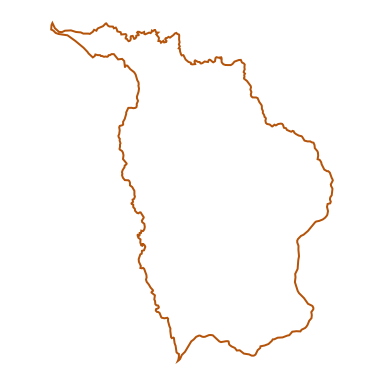 outline of Montebello, Antioquia, Colombia
{"feature_id": "7082276B54049955625365", "entity_name": "Montebello", "entity_type": "district", "adm_level": 2, "iso_a3": "COL", "parent_name": "Colombia", "parent_adm1": "Antioquia", "projection": "robinson", "projection_center": [-75.531, 5.918], "detail": "fine", "context": "isolated", "style": "outline", "palette": "amber", "viewbox_px": 384, "rotation_deg": 0, "n_neighbors": 0, "source": "geoboundaries", "source_scale": "gbopen_adm2", "svg_char_len": 5897}
<svg xmlns="http://www.w3.org/2000/svg" viewBox="0 0 384 384"><path d="M177.8,361.0L179.0,360.1L180.1,358.9L181.8,355.0L185.0,351.8L191.3,341.3L193.7,339.5L196.2,336.8L199.0,335.6L200.0,335.6L202.2,336.7L203.5,336.9L204.9,336.8L209.0,335.1L210.8,335.0L212.8,335.3L219.3,341.4L221.0,342.1L226.1,341.2L228.0,341.2L228.6,341.5L229.1,344.2L229.6,345.0L231.7,346.5L234.8,347.9L236.8,350.5L239.7,350.3L243.9,353.6L249.1,354.4L251.6,355.6L253.0,355.7L254.1,355.5L255.5,354.6L257.7,350.1L260.1,348.1L260.5,346.3L264.6,345.5L268.5,344.0L271.9,340.8L272.7,339.4L274.2,339.3L277.7,337.7L282.6,337.4L287.3,335.6L289.3,335.2L292.3,331.7L296.5,331.2L300.4,331.4L301.6,329.7L305.1,328.0L306.4,326.7L307.6,324.8L309.2,320.8L311.5,318.1L311.8,315.0L311.3,312.1L313.3,309.3L313.4,308.0L312.6,306.2L311.8,305.6L308.0,303.8L304.0,298.1L299.0,293.1L297.7,290.9L294.9,282.1L295.5,277.4L295.2,273.9L297.6,269.0L298.3,260.0L299.0,256.2L298.4,249.7L298.5,245.9L297.3,242.6L297.2,240.7L298.0,239.0L301.0,235.9L303.6,234.7L307.9,231.0L315.1,222.3L316.2,221.5L319.2,220.9L322.7,219.5L324.9,217.9L326.5,216.1L327.3,214.8L328.0,211.1L327.0,206.9L327.6,204.0L330.2,203.3L330.8,201.7L330.0,199.7L330.0,198.5L330.4,197.1L331.7,195.3L332.4,189.4L332.4,188.5L331.1,186.0L330.8,184.4L332.8,180.5L332.5,179.3L331.7,177.9L329.8,172.6L328.3,171.2L327.1,171.2L324.3,169.6L321.6,164.2L321.2,162.3L320.2,160.6L319.5,159.8L317.6,159.2L318.2,155.6L317.9,152.5L317.4,151.2L314.8,148.1L314.5,145.0L313.5,142.7L311.7,142.3L310.3,141.4L307.5,141.4L304.5,140.6L302.1,136.7L301.5,136.2L298.6,135.5L295.9,134.0L294.4,132.8L293.6,131.2L292.5,130.9L291.5,131.7L290.5,131.5L286.9,129.9L286.1,128.3L283.9,127.7L283.1,125.1L282.2,123.9L280.9,123.6L278.2,124.0L275.9,125.4L274.4,124.7L272.5,126.4L272.0,126.4L269.7,124.5L267.1,124.0L265.9,122.9L265.4,120.6L265.9,118.7L265.5,117.6L264.6,117.0L264.1,115.0L262.8,112.9L262.9,111.0L261.9,108.8L261.8,105.8L261.4,104.9L259.3,102.0L257.6,98.1L256.2,97.5L252.5,97.4L251.3,96.3L250.8,94.6L251.4,92.0L250.4,89.5L251.0,87.3L250.7,86.0L247.0,81.0L244.1,78.7L244.0,77.9L244.5,76.9L244.2,75.1L245.0,73.6L243.7,72.3L243.7,71.8L244.7,69.3L244.4,67.3L244.7,64.5L243.9,63.5L241.9,62.4L240.8,59.9L238.9,60.0L234.5,61.6L232.4,64.1L230.7,65.1L225.5,65.0L223.4,64.3L221.8,62.5L221.5,60.9L221.7,59.1L220.7,58.6L221.4,57.7L221.2,57.3L218.6,57.7L216.4,57.2L215.5,58.1L215.0,61.2L213.4,62.3L212.9,62.2L210.3,59.9L209.4,59.7L208.7,60.2L208.0,62.0L204.6,61.5L202.4,63.1L201.1,63.5L200.6,63.4L199.6,62.0L197.9,61.9L195.2,60.4L194.6,61.1L194.5,61.8L195.2,64.1L192.2,64.4L191.1,64.1L190.8,62.7L188.4,61.9L185.6,59.5L183.5,55.3L183.2,55.1L181.7,55.4L181.1,54.5L180.1,51.5L179.8,48.8L178.7,48.4L179.8,46.4L178.9,44.4L179.6,42.3L179.1,39.7L179.2,35.3L178.9,34.5L177.3,34.0L176.4,32.9L175.0,33.4L173.4,35.1L170.0,37.6L168.5,36.9L167.1,37.9L165.7,38.2L165.2,39.1L166.5,41.0L166.1,42.0L164.1,42.4L163.3,40.9L161.0,42.7L160.3,41.2L158.4,41.0L158.9,38.6L158.8,37.5L156.3,34.4L158.1,32.6L156.2,32.5L155.1,30.0L154.4,30.0L152.8,31.2L151.9,30.6L151.4,32.3L150.6,33.1L149.1,32.6L145.3,34.3L144.4,34.0L144.1,32.0L141.8,33.1L139.0,31.8L137.7,31.8L137.1,32.6L138.6,34.3L138.6,35.2L136.5,35.5L136.2,35.8L136.2,37.4L134.9,38.7L134.2,38.9L132.7,35.9L131.0,36.2L130.6,37.1L130.8,38.4L130.5,39.9L129.7,40.9L128.7,41.2L127.7,40.3L127.1,39.1L125.7,38.5L125.7,37.4L126.3,36.3L126.5,35.2L125.7,34.1L121.3,34.5L120.6,32.2L117.4,31.4L116.7,29.1L115.8,27.6L113.9,28.3L112.9,26.6L109.4,26.5L107.9,25.6L106.3,23.4L105.7,23.5L103.0,26.2L98.2,28.2L97.4,28.9L96.4,30.7L94.1,29.8L92.8,31.8L89.8,33.9L88.4,33.6L83.3,33.6L80.8,32.4L76.1,32.0L71.0,30.4L64.9,30.7L62.0,32.1L59.0,31.9L54.9,28.2L52.4,23.0L51.5,25.1L51.2,29.5L53.5,30.7L55.6,32.9L58.6,34.0L67.5,35.3L75.3,40.9L83.5,47.7L87.5,51.9L88.5,53.4L92.8,57.4L94.7,56.1L95.4,54.5L97.6,55.1L100.0,55.1L100.9,56.0L102.1,56.0L104.0,56.8L105.6,56.5L107.1,56.8L108.1,56.3L108.6,55.2L110.0,55.1L111.6,54.1L113.8,54.1L118.1,59.4L122.1,58.9L124.2,61.0L124.9,66.8L125.2,66.8L125.9,65.5L127.4,65.7L130.3,69.2L134.2,72.3L135.6,74.5L137.3,80.3L138.5,82.3L138.7,84.6L138.4,85.5L139.0,88.7L138.5,91.9L136.9,96.7L137.0,98.3L138.0,100.9L136.7,104.0L136.8,105.5L136.4,107.2L135.3,107.9L133.4,108.2L131.5,107.8L128.3,107.9L126.2,112.4L126.2,113.9L124.7,119.0L123.1,121.8L123.1,124.6L122.4,125.2L119.8,125.9L119.2,127.2L119.7,130.4L119.2,134.1L118.4,135.9L118.8,137.4L119.8,138.8L119.6,140.5L120.5,143.3L120.0,144.5L120.0,146.7L119.5,149.0L120.0,149.7L122.0,151.0L122.9,152.5L123.5,155.2L123.0,159.1L126.6,163.4L126.4,164.3L124.7,165.6L124.5,167.2L122.7,170.0L122.0,172.1L122.4,174.0L122.0,175.1L122.9,177.7L124.8,180.1L128.4,180.3L129.2,180.9L129.9,182.4L130.0,185.4L132.2,187.0L134.4,190.9L134.4,195.1L134.9,196.3L134.6,197.6L133.9,199.0L132.6,199.6L133.0,201.9L131.5,203.3L131.7,204.0L133.2,204.6L133.3,207.2L134.8,208.8L135.1,210.8L137.2,213.0L138.4,213.3L139.7,212.4L140.6,212.4L143.7,217.2L143.7,217.7L141.9,220.6L142.2,222.1L144.3,223.8L144.8,226.9L144.3,229.3L143.2,230.9L142.6,231.1L141.3,230.7L141.0,232.9L139.7,233.0L139.7,235.0L139.4,235.5L138.0,234.7L137.7,234.8L137.6,235.6L138.4,237.8L140.5,239.4L140.3,242.5L141.2,245.3L142.3,245.8L142.6,245.4L142.7,244.0L143.3,244.0L144.7,245.4L145.3,246.9L144.0,250.3L142.0,250.8L141.7,253.7L140.3,254.4L138.7,259.1L138.9,261.8L140.8,265.9L140.4,268.0L142.0,268.3L143.0,267.9L144.1,268.7L146.4,275.0L146.6,277.5L146.0,279.6L146.7,281.9L148.8,284.5L150.6,287.6L152.8,290.0L153.0,290.8L151.7,291.8L151.5,292.6L154.9,295.3L154.3,299.4L155.1,301.2L155.3,304.1L156.4,305.3L158.0,305.5L158.7,306.6L158.8,307.4L158.3,308.2L156.0,309.2L155.8,310.6L156.8,311.8L158.4,312.1L159.6,313.0L161.2,317.1L161.7,317.7L164.4,318.3L167.3,317.8L168.1,318.7L168.0,320.9L169.4,326.2L170.4,328.5L170.3,330.9L171.1,337.2L171.8,338.1L173.3,337.6L173.9,338.0L174.6,343.2L175.6,345.8L176.5,352.2L177.4,353.2L178.9,354.0L178.9,356.7L178.4,359.6L177.8,361.0Z" fill="none" stroke="#b45309" stroke-width="2"/></svg>